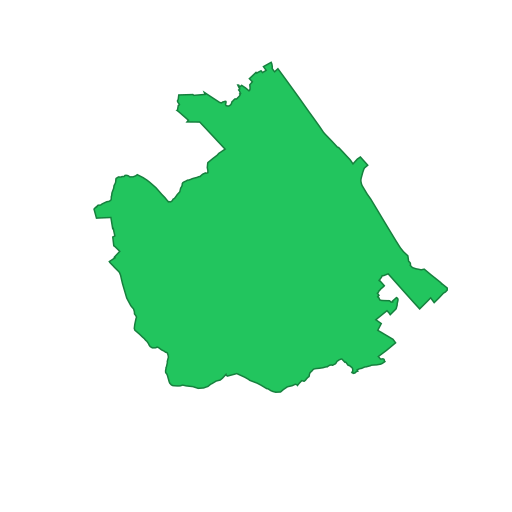 Tetchea, Bihor, Romania (Natural Earth projection), rotated 43°
{"feature_id": "2599482B35654252048695", "entity_name": "Tetchea", "entity_type": "district", "adm_level": 2, "iso_a3": "ROU", "parent_name": "Romania", "parent_adm1": "Bihor", "projection": "natural_earth1", "projection_center": [22.297, 47.021], "detail": "fine", "context": "isolated", "style": "filled", "palette": "green", "viewbox_px": 512, "rotation_deg": 43, "n_neighbors": 0, "source": "geoboundaries", "source_scale": "gbopen_adm2", "svg_char_len": 6147}
<svg xmlns="http://www.w3.org/2000/svg" viewBox="0 0 512 512"><g transform="rotate(43 256 256)"><path d="M374.6,322.4L374.4,319.5L374.5,315.9L376.6,314.8L376.9,313.1L376.7,311.5L376.7,309.4L377.0,308.1L376.6,307.2L375.9,306.4L375.1,304.4L375.3,302.3L375.2,299.9L375.5,299.0L376.5,297.6L378.8,295.0L381.2,292.0L383.0,289.0L383.6,288.7L384.1,286.5L384.6,285.3L385.6,284.1L386.1,284.0L386.6,283.6L386.9,282.5L387.6,280.7L387.5,279.4L387.2,278.5L387.1,277.4L387.4,276.6L387.5,275.8L387.7,275.1L388.4,273.6L388.9,272.9L389.2,272.8L393.5,273.1L393.8,272.5L394.0,272.4L397.9,273.1L399.3,272.3L400.7,272.4L401.5,272.1L402.9,272.3L403.4,272.5L403.7,272.7L404.9,273.8L405.5,274.8L405.4,275.7L406.1,275.8L406.5,275.3L407.2,275.5L407.5,274.9L408.1,274.3L408.3,272.0L409.0,270.8L407.6,270.3L408.1,269.0L408.8,267.6L409.9,266.1L411.2,263.0L412.2,261.9L414.4,258.4L414.9,257.1L416.4,255.5L418.5,253.3L420.9,250.1L421.4,249.0L421.7,248.1L422.3,245.3L421.6,245.2L420.4,244.4L419.9,244.3L419.5,244.4L418.8,244.8L417.5,246.4L416.7,246.4L414.0,246.1L415.8,236.1L417.3,224.3L413.0,223.5L395.7,227.3L393.7,220.0L390.8,220.4L387.1,220.9L389.1,206.7L392.1,206.9L394.2,207.4L394.5,199.3L394.4,198.9L392.8,195.8L391.5,194.2L391.2,193.6L390.1,191.7L389.2,190.7L388.3,190.5L387.4,190.5L387.1,190.6L386.6,195.9L387.3,196.3L386.3,197.6L385.5,197.6L384.1,197.7L380.6,200.8L378.1,202.9L376.5,203.7L374.1,202.7L373.5,202.9L373.4,202.6L372.6,202.5L372.8,200.9L371.2,200.6L370.2,200.5L370.2,199.1L369.9,197.8L369.7,197.6L369.9,196.2L369.7,195.7L370.2,190.9L369.9,190.8L370.0,190.2L363.3,189.6L363.2,190.0L362.6,189.9L362.6,188.7L362.1,185.3L361.7,184.3L362.7,183.4L364.8,178.9L385.3,180.8L395.2,181.7L404.3,182.5L411.8,183.1L411.8,182.7L412.2,171.9L412.2,171.4L412.2,170.7L412.3,167.5L418.1,168.6L418.3,164.3L418.4,161.8L418.4,161.3L418.4,155.4L419.1,153.1L419.1,150.5L417.7,149.0L411.0,149.5L410.8,149.8L410.7,149.8L410.5,149.5L408.5,149.5L397.1,150.4L388.0,150.9L386.2,153.5L384.3,154.6L381.8,156.2L378.3,157.8L375.1,157.6L374.6,156.6L373.5,155.9L372.0,155.7L371.4,155.9L366.9,152.3L364.8,152.3L362.6,152.3L360.9,152.3L356.1,151.6L354.5,151.2L352.6,150.7L347.3,149.3L338.1,146.7L325.4,143.1L312.2,139.3L301.0,136.1L295.1,134.9L285.4,132.1L283.4,131.0L281.5,129.6L280.5,128.4L279.7,127.1L278.9,125.6L276.9,121.8L275.5,118.6L275.3,117.6L275.8,113.4L264.8,112.4L264.0,116.0L264.1,122.5L262.3,122.1L260.6,121.7L259.0,121.4L254.1,121.1L250.3,120.8L244.3,120.4L242.4,120.3L241.4,120.9L233.5,120.3L223.7,119.8L220.8,119.5L214.8,118.1L205.5,116.2L196.2,114.4L179.4,110.9L158.0,106.7L144.3,104.1L144.0,108.5L143.5,108.4L142.9,108.5L139.9,107.8L138.9,106.5L136.7,104.8L135.0,104.0L132.3,112.4L136.8,113.3L135.7,117.4L133.4,117.1L132.3,120.0L131.8,121.8L130.8,121.7L130.2,130.8L134.5,131.1L134.7,135.0L137.4,137.4L138.3,139.0L138.2,140.0L133.6,140.2L129.1,141.0L128.8,143.5L126.8,142.8L126.1,143.4L128.1,144.2L130.2,144.9L130.1,146.4L131.2,146.5L132.9,147.3L133.7,147.5L133.5,148.1L133.5,148.6L134.4,148.7L134.8,150.3L134.7,154.5L133.5,155.4L133.3,157.5L133.4,158.6L133.2,159.4L133.5,160.1L134.0,161.0L134.3,162.3L134.4,162.9L133.7,165.1L131.8,166.4L130.6,166.1L130.0,165.6L130.0,165.3L129.3,164.1L128.6,163.5L128.0,163.8L126.8,165.9L126.6,166.1L126.4,167.5L126.1,167.7L125.1,168.3L124.6,168.5L106.6,171.6L108.6,172.5L101.0,180.9L99.7,181.0L89.7,190.9L92.3,194.5L92.8,196.2L94.0,196.8L96.4,197.3L96.8,197.5L96.7,198.3L96.5,198.9L99.1,202.9L98.9,203.4L100.9,203.2L113.9,202.8L114.1,205.0L123.5,196.4L131.3,196.9L151.3,198.3L160.5,198.9L158.8,206.4L158.9,208.7L158.0,213.9L157.1,220.5L157.8,221.6L160.1,224.6L162.5,226.3L164.0,227.9L163.1,229.5L162.7,229.8L162.3,229.8L161.7,231.4L161.4,231.9L161.1,233.2L160.9,235.2L161.1,235.7L160.7,236.1L160.4,236.5L159.9,237.3L159.3,238.7L157.5,241.5L156.5,243.2L156.3,243.9L155.0,246.4L154.2,247.2L153.6,249.1L152.8,251.0L152.5,252.3L152.9,253.7L153.7,254.4L154.1,255.5L154.5,256.8L154.6,257.7L156.5,261.0L156.5,264.7L156.8,266.6L157.1,269.4L156.6,271.2L156.9,271.8L157.0,272.7L157.0,273.5L156.5,274.9L154.9,275.8L154.9,276.2L149.4,275.4L144.9,275.2L136.2,274.3L127.6,274.6L124.4,274.9L119.9,275.7L113.7,277.5L113.4,279.3L112.1,282.0L111.1,282.9L109.8,284.2L108.1,284.4L106.9,284.9L105.9,285.6L105.2,286.5L105.4,287.6L104.8,288.4L103.8,289.3L103.5,290.3L101.4,292.1L101.3,293.0L101.1,293.6L100.8,294.3L100.9,295.0L102.9,297.6L103.6,299.0L103.8,300.2L104.2,300.9L104.2,301.3L104.4,301.7L105.2,302.7L105.8,303.7L107.5,307.8L108.0,308.6L109.1,310.0L109.7,311.3L110.7,312.4L111.6,313.5L111.7,314.2L111.4,316.1L109.9,318.0L109.3,319.4L107.9,323.0L107.6,324.8L106.1,326.3L105.7,327.1L106.0,327.8L105.7,328.5L106.0,328.9L105.6,329.5L105.8,329.7L105.6,330.2L105.6,330.7L105.4,331.1L105.6,332.2L113.5,337.1L115.9,334.6L123.6,326.8L132.5,333.7L132.8,333.2L139.1,337.6L138.3,339.8L145.0,345.5L146.8,345.3L153.2,345.5L153.2,353.5L154.1,353.5L152.5,360.1L153.6,360.4L157.1,360.6L157.8,360.6L160.0,360.8L166.1,361.0L167.5,361.2L170.2,362.5L173.7,364.9L177.0,367.1L177.3,367.3L190.1,374.9L193.0,375.9L198.3,377.7L200.3,378.0L202.5,378.2L204.9,379.6L205.4,380.0L206.6,381.2L208.8,381.6L210.3,382.2L211.1,383.9L214.0,388.7L216.4,392.0L218.1,392.9L224.1,392.6L228.1,392.7L230.6,392.6L232.8,392.9L234.3,392.8L237.1,393.4L238.8,394.1L240.4,394.4L242.8,393.9L245.3,391.5L245.6,390.4L246.1,389.8L247.5,389.4L250.9,389.1L253.4,388.3L255.6,388.0L256.3,387.5L257.3,387.4L259.2,388.4L260.4,389.3L261.0,389.8L261.5,390.8L263.0,393.6L264.0,394.6L266.1,398.2L266.3,399.0L267.0,399.8L268.2,401.7L269.5,402.9L270.0,403.0L270.8,403.0L271.8,403.4L273.0,403.9L273.5,404.3L274.2,404.7L275.0,405.2L278.3,407.2L279.6,407.8L280.8,407.9L282.0,408.0L283.6,407.5L286.8,404.9L287.5,404.3L289.1,402.7L290.4,400.4L293.5,398.6L298.9,394.6L304.0,392.2L307.7,388.2L308.9,385.8L309.8,384.2L310.3,380.6L310.8,379.4L312.2,374.5L313.8,372.1L314.4,371.2L314.8,368.3L314.8,363.1L315.2,363.4L315.7,363.5L317.0,363.3L320.9,357.1L322.1,355.1L330.5,352.3L334.7,351.3L336.2,351.2L343.6,348.2L347.6,347.1L354.3,345.7L355.4,344.9L358.5,344.4L360.7,343.6L363.3,342.2L366.7,338.7L367.1,335.0L368.2,330.2L370.9,326.2L372.2,323.0L373.8,322.2L374.6,322.4Z" fill="#22c55e" stroke="#15803d" stroke-width="1.5"/></g></svg>